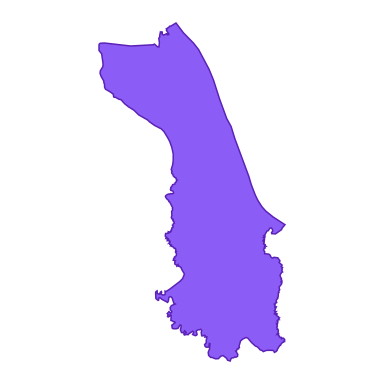 Ban Phaeng, Nakhon Phanom, Thailand
{"feature_id": "78962969B32872774308874", "entity_name": "Ban Phaeng", "entity_type": "district", "adm_level": 2, "iso_a3": "THA", "parent_name": "Thailand", "parent_adm1": "Nakhon Phanom", "projection": "robinson", "projection_center": [104.227, 17.874], "detail": "fine", "context": "isolated", "style": "filled", "palette": "violet", "viewbox_px": 384, "rotation_deg": 0, "n_neighbors": 0, "source": "geoboundaries", "source_scale": "gbopen_adm2", "svg_char_len": 6061}
<svg xmlns="http://www.w3.org/2000/svg" viewBox="0 0 384 384"><path d="M285.0,224.7L273.3,217.1L265.8,211.1L261.9,206.7L257.8,200.3L255.3,195.1L251.3,184.7L248.8,176.3L234.9,138.8L231.1,126.5L226.7,118.5L219.5,98.8L213.5,80.1L209.0,69.2L198.6,49.6L193.5,43.1L183.4,32.8L176.0,23.0L170.8,26.1L169.6,26.2L169.0,27.1L166.3,28.9L166.9,29.6L166.4,30.5L167.8,32.2L168.8,34.2L168.5,34.6L167.3,34.8L166.8,33.6L163.6,35.1L162.2,34.2L162.3,32.1L161.6,31.9L161.2,32.7L160.4,32.0L159.6,36.1L159.8,36.6L158.8,38.4L159.4,42.7L158.9,46.9L157.5,46.8L154.5,44.1L152.7,44.8L130.7,46.0L104.3,43.0L100.2,43.3L99.4,43.9L99.0,44.9L99.0,50.5L101.7,53.9L103.1,64.2L102.8,66.7L100.3,70.9L100.1,73.5L101.2,76.6L103.7,80.9L104.0,83.1L104.5,84.2L104.6,87.3L105.5,89.2L109.9,91.7L113.3,94.2L113.6,96.6L114.0,97.2L115.8,97.4L118.6,99.1L121.0,99.7L124.7,103.8L128.6,106.9L133.8,110.1L138.7,114.9L147.5,119.9L149.6,121.9L154.7,125.5L161.3,128.9L164.0,131.6L167.7,137.7L169.8,141.7L171.9,147.7L173.2,153.9L173.2,160.4L172.7,164.7L171.2,169.6L172.1,171.2L171.6,171.8L171.9,173.6L172.8,174.0L173.2,175.9L174.4,176.7L174.4,177.2L176.1,178.0L176.0,178.8L177.1,180.0L176.5,180.2L176.4,181.6L175.1,182.8L175.0,183.9L172.6,184.7L171.6,186.9L170.8,187.3L170.9,188.8L170.4,189.2L170.8,190.4L173.0,191.1L173.6,193.1L172.3,193.8L170.4,193.6L169.7,194.2L168.8,194.0L167.3,194.5L165.8,195.6L165.4,196.7L166.7,198.8L168.6,200.5L168.9,201.6L169.5,201.6L172.7,207.9L172.4,208.4L172.6,210.0L171.6,211.4L171.9,215.2L171.3,217.7L172.2,219.1L172.9,219.1L172.9,220.3L173.3,220.1L173.6,221.7L174.0,221.9L174.4,223.1L173.3,223.8L173.1,224.7L172.4,225.2L173.2,227.0L171.8,228.0L171.9,228.9L171.0,230.2L171.4,230.8L170.5,231.5L170.4,232.1L168.4,231.7L168.8,232.8L168.0,232.8L168.0,233.3L165.6,233.5L165.2,236.0L166.2,237.3L165.9,238.2L167.0,237.7L167.1,239.1L167.7,239.0L167.3,240.0L168.0,240.2L167.6,240.7L168.3,240.7L168.7,239.7L169.1,240.7L169.7,241.0L169.5,241.4L170.0,241.8L169.2,242.8L169.7,242.6L169.4,243.4L169.7,244.3L170.1,244.2L170.5,245.0L171.1,244.9L170.7,245.8L171.5,245.6L171.5,246.3L173.4,247.1L174.3,248.5L175.3,248.4L175.8,249.4L175.7,251.0L176.3,251.5L175.5,252.1L176.5,253.7L176.3,255.7L174.5,257.0L174.7,257.7L174.3,257.6L173.4,259.2L174.1,260.1L173.8,260.3L175.2,260.6L174.7,261.1L175.2,262.1L174.7,262.8L174.9,264.1L176.6,265.2L176.8,266.0L177.7,265.0L177.6,266.0L178.2,266.2L178.5,265.3L179.1,266.3L181.2,267.5L181.1,268.0L182.0,269.9L184.2,273.6L184.2,274.7L182.5,278.7L179.8,281.5L169.8,289.1L166.2,291.4L165.0,291.1L165.2,294.0L164.4,294.9L163.1,295.0L161.1,294.2L161.7,292.1L161.3,291.4L160.4,292.1L159.6,293.9L159.1,294.3L157.3,293.4L157.1,290.9L156.0,291.5L155.6,292.9L155.9,298.6L158.1,300.4L158.6,300.2L158.9,298.0L159.8,297.6L162.0,299.4L167.6,302.4L168.4,301.0L168.9,297.3L170.6,296.6L172.0,297.6L173.8,303.2L175.2,304.0L171.4,305.6L170.1,307.8L170.4,309.9L171.8,311.5L171.5,312.6L170.5,313.0L169.0,311.6L167.2,313.6L168.2,315.0L167.5,316.3L168.1,317.0L169.5,316.3L170.2,314.7L171.2,315.4L170.9,320.5L172.6,320.9L173.2,321.7L174.7,321.8L175.1,322.3L175.0,322.8L171.8,325.2L172.2,328.1L173.1,328.7L176.2,328.8L178.1,328.2L180.0,324.9L180.4,324.9L181.3,325.7L180.4,329.8L181.5,332.6L183.5,332.7L184.7,330.8L186.2,332.4L185.9,332.9L184.2,333.5L183.9,334.3L184.4,335.0L186.5,334.5L188.2,334.7L189.0,333.7L192.8,331.2L193.3,331.5L193.6,332.7L192.6,334.5L195.3,335.7L196.6,335.2L197.1,334.4L196.2,330.9L198.0,329.8L199.6,329.8L200.3,329.2L201.0,329.5L201.7,330.6L201.2,332.5L201.7,335.8L203.0,335.9L204.5,335.2L205.2,335.6L204.9,337.1L206.9,336.8L206.2,340.6L206.3,342.7L204.6,344.6L205.1,346.4L206.2,347.2L208.4,347.1L209.0,346.3L209.3,343.5L210.0,343.7L209.5,349.1L208.2,352.3L208.6,355.3L210.6,357.4L212.3,357.5L215.4,358.8L218.3,358.7L221.0,356.1L223.1,355.6L226.5,358.2L227.6,360.2L230.2,361.0L230.8,359.1L231.8,358.0L233.8,357.7L234.6,357.0L235.9,357.2L237.5,356.4L237.8,354.3L235.7,351.1L236.7,350.8L236.7,349.9L237.6,348.7L238.5,348.9L238.6,348.0L239.4,347.6L239.1,345.9L240.6,340.9L242.7,339.1L246.0,337.5L247.8,338.1L251.5,342.5L255.2,345.9L257.6,347.0L260.2,349.9L261.9,350.4L263.3,351.6L266.0,350.5L268.3,350.3L272.9,350.4L274.0,351.3L274.4,352.4L276.0,351.6L277.1,350.5L277.3,349.5L279.8,345.4L280.5,345.4L281.1,344.0L282.8,342.2L283.6,342.2L283.9,341.3L284.6,341.4L284.5,340.3L284.8,339.9L283.6,338.2L282.4,338.4L281.6,337.6L281.3,338.3L281.1,337.7L279.4,337.0L279.5,336.3L278.0,334.8L279.1,334.3L277.4,334.4L278.3,333.7L277.7,333.5L278.3,332.9L278.0,332.5L278.4,330.7L278.0,329.5L277.2,329.3L277.6,328.9L276.6,327.2L277.4,326.3L276.6,323.7L277.4,324.1L277.9,321.9L277.0,321.0L277.4,320.4L277.8,320.8L277.9,319.9L278.9,319.7L278.6,319.5L279.4,317.9L278.7,317.9L278.6,316.9L276.7,315.6L276.5,314.8L276.9,314.3L276.4,314.1L276.0,314.8L274.8,314.1L276.3,313.5L274.8,312.9L276.0,311.7L275.2,311.8L274.5,311.1L275.0,311.0L274.8,310.4L275.3,309.8L275.1,308.2L275.7,308.2L276.3,306.9L275.6,306.9L275.4,306.3L274.8,306.5L274.9,305.7L274.3,304.2L275.1,304.2L275.2,303.5L276.5,302.7L276.1,302.3L276.5,302.0L276.2,301.6L276.3,300.2L277.8,298.2L277.5,297.5L278.1,297.0L278.5,292.6L279.0,292.4L278.8,291.0L279.7,289.8L279.1,287.8L279.4,286.8L281.6,283.9L281.8,282.8L281.0,282.2L281.4,281.1L281.9,281.3L281.8,280.2L281.1,279.3L281.4,278.4L280.6,277.3L280.0,275.2L281.7,272.3L282.6,272.0L281.8,270.1L282.2,269.4L281.9,268.8L282.6,267.5L281.2,266.7L282.1,265.1L279.1,262.5L280.0,260.9L277.8,257.8L274.0,257.3L272.8,258.0L272.2,257.9L270.7,256.9L270.3,255.4L268.8,254.1L264.6,253.7L264.7,251.6L263.6,250.1L263.7,249.5L264.5,248.4L264.1,248.2L264.3,247.5L264.7,248.1L265.2,247.9L264.6,246.5L264.8,246.0L265.8,246.1L264.9,245.2L265.1,244.6L263.8,244.3L263.8,243.5L263.1,243.9L264.1,243.1L264.2,241.7L263.6,241.9L262.9,240.7L263.4,240.2L263.2,239.8L263.9,240.7L264.4,240.3L264.5,239.0L263.8,239.1L264.5,237.6L263.9,237.5L264.7,237.1L264.2,236.6L264.9,236.1L263.8,235.6L264.8,234.9L267.0,231.0L268.3,230.7L269.9,228.2L271.0,227.9L271.9,228.5L272.5,229.8L272.7,231.1L271.5,232.6L271.8,233.7L275.5,233.9L281.6,229.6L281.9,228.4L285.0,224.7Z" fill="#8b5cf6" stroke="#5b21b6" stroke-width="1.5"/></svg>